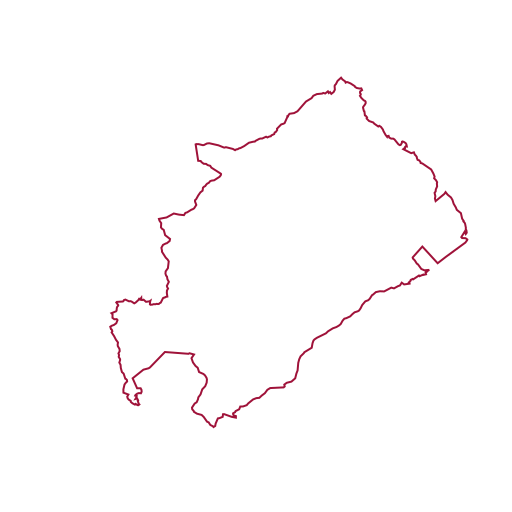 the district of Alesd, Bihor, Romania, rotated 230°
{"feature_id": "2599482B2208634986084", "entity_name": "Alesd", "entity_type": "district", "adm_level": 2, "iso_a3": "ROU", "parent_name": "Romania", "parent_adm1": "Bihor", "projection": "robinson", "projection_center": [22.42, 47.104], "detail": "fine", "context": "isolated", "style": "outline", "palette": "rose", "viewbox_px": 512, "rotation_deg": 230, "n_neighbors": 0, "source": "geoboundaries", "source_scale": "gbopen_adm2", "svg_char_len": 6106}
<svg xmlns="http://www.w3.org/2000/svg" viewBox="0 0 512 512"><g transform="rotate(230 256 256)"><path d="M337.9,435.8L337.7,431.0L336.3,427.7L336.1,426.1L335.6,425.4L332.7,423.3L331.7,420.9L331.8,417.9L334.0,418.1L334.1,416.5L335.9,416.9L336.0,413.5L337.7,412.3L337.9,411.1L340.9,406.7L341.9,402.9L341.2,400.0L342.2,393.6L340.2,380.8L341.0,377.0L343.4,373.1L342.9,371.0L342.4,370.3L342.9,369.9L342.1,368.9L339.4,363.3L339.7,362.0L340.6,359.9L340.0,353.9L338.9,353.2L338.3,351.1L338.6,349.7L337.7,348.3L338.5,345.4L338.2,344.3L339.0,342.9L339.5,340.9L340.9,340.4L342.0,336.3L343.0,335.1L343.6,333.9L344.5,329.7L344.4,328.6L345.2,327.6L347.3,323.4L347.8,317.6L348.7,313.4L349.3,312.4L349.6,310.6L350.4,309.3L350.5,308.0L352.9,307.1L358.7,302.9L359.2,301.7L359.8,301.1L364.9,298.4L372.4,292.7L373.7,290.8L374.5,287.4L375.1,286.5L378.5,284.0L380.1,282.2L380.3,281.5L366.1,272.9L364.3,274.7L363.0,274.6L360.3,275.2L358.6,277.0L356.7,277.4L354.5,278.9L352.4,278.6L341.5,282.0L341.2,281.9L340.5,280.9L340.1,279.0L340.9,272.6L342.3,270.4L342.8,269.0L342.4,266.9L342.8,265.2L342.7,263.8L342.2,262.1L342.5,260.6L342.4,259.3L340.4,257.1L340.5,254.3L339.5,250.6L338.0,246.7L337.9,245.1L336.9,244.3L333.5,243.1L332.3,239.3L332.5,237.6L333.0,236.3L333.7,231.3L334.4,229.6L333.6,227.1L337.2,223.6L341.4,220.3L343.0,212.3L346.8,205.5L345.2,204.8L342.1,204.5L339.0,201.6L337.4,201.5L335.3,202.1L330.4,199.8L324.3,201.1L323.0,199.5L323.1,195.9L323.6,194.9L324.3,191.9L323.1,188.8L320.3,187.3L319.7,186.7L312.8,185.8L310.1,186.0L308.0,185.7L303.3,180.7L302.3,176.9L300.7,175.3L298.7,174.5L297.5,174.6L295.1,173.2L292.2,172.6L290.4,168.5L289.3,168.0L287.6,167.7L286.8,165.6L285.1,164.0L281.9,162.0L282.8,160.3L282.8,159.3L283.2,158.9L283.5,157.7L281.5,153.1L281.8,151.9L281.7,150.9L282.2,150.0L283.1,149.3L283.8,147.8L285.0,146.5L285.3,145.5L286.5,143.8L287.2,143.7L289.0,145.4L289.6,146.3L289.7,145.3L291.6,142.3L294.8,141.8L295.4,140.5L296.5,139.6L296.9,140.6L297.7,141.2L297.4,140.0L298.4,139.0L297.9,138.0L297.7,133.9L298.0,132.3L301.1,131.4L302.1,130.8L302.9,129.6L306.6,127.9L307.1,126.4L306.7,125.6L306.7,124.8L310.3,119.9L310.2,119.1L307.0,118.9L306.6,118.6L306.3,117.0L305.7,116.0L303.8,114.1L303.6,113.2L305.1,108.5L303.5,108.6L300.9,106.3L298.6,106.8L297.2,108.7L295.9,108.7L294.3,105.7L294.5,102.9L295.3,100.6L295.5,98.9L293.1,97.9L292.3,98.2L290.7,97.6L290.3,96.3L285.9,95.8L281.9,94.9L278.5,94.7L276.9,92.9L275.7,92.2L272.6,91.7L270.7,90.4L269.8,88.0L268.2,87.5L267.0,86.0L264.4,85.6L263.7,85.1L262.2,82.8L259.7,82.3L257.2,80.5L253.3,78.7L251.0,79.0L246.0,77.0L245.2,77.4L243.9,77.4L242.7,76.6L242.6,74.8L242.1,72.7L239.1,68.7L236.5,66.6L231.9,69.2L231.0,66.9L229.3,66.2L227.7,66.2L225.6,66.9L224.6,66.3L222.5,66.7L220.0,67.7L220.1,68.7L217.9,69.4L217.3,70.0L217.3,71.2L218.1,71.1L221.2,72.4L221.2,72.9L223.3,73.4L224.0,71.8L224.5,73.2L225.4,74.6L226.7,73.7L227.0,74.4L226.9,76.5L226.3,78.1L224.8,79.6L225.5,81.1L227.0,82.2L228.8,82.6L231.1,79.9L241.6,82.9L241.3,96.7L239.0,101.6L238.8,103.1L241.0,124.5L224.5,141.4L224.3,142.5L220.4,145.2L219.2,140.9L215.0,139.3L210.6,139.0L207.9,139.5L203.7,137.8L199.4,139.9L197.3,140.2L194.5,139.8L193.0,139.1L190.7,136.8L188.9,133.4L188.4,129.1L185.6,124.5L184.8,121.0L183.5,119.4L182.1,116.5L182.4,114.2L181.0,109.5L179.5,108.6L177.4,108.7L176.6,108.3L173.2,109.4L169.2,112.2L166.3,112.5L160.5,112.0L159.0,112.8L155.9,112.4L153.2,113.6L152.3,113.5L152.0,115.5L153.6,117.4L156.1,122.4L155.3,123.8L154.2,127.1L156.0,129.0L155.4,129.9L148.4,134.0L145.1,136.7L146.3,137.7L147.8,136.7L149.0,136.5L150.2,137.3L149.8,139.6L150.3,140.7L149.4,144.6L150.8,147.2L149.1,149.3L147.7,153.0L148.1,155.3L148.0,161.6L146.9,164.9L145.2,167.4L145.4,170.6L145.2,174.6L146.2,178.7L145.7,182.0L137.6,192.7L137.6,194.1L139.3,195.0L139.1,198.1L137.0,202.4L137.1,207.4L140.0,211.4L141.6,214.3L147.0,219.7L149.1,222.7L150.5,225.7L150.8,230.1L151.2,231.2L149.9,239.7L152.9,243.3L154.3,245.7L154.5,247.2L154.2,250.1L151.8,259.9L152.0,262.8L151.2,268.4L149.9,271.9L149.4,274.8L149.4,277.1L150.8,280.8L151.2,283.4L150.3,285.3L149.2,289.4L149.5,292.3L149.5,295.3L148.2,298.5L148.0,299.9L148.7,302.5L150.2,305.9L151.0,310.6L150.0,313.5L150.1,315.5L151.4,319.7L151.2,320.7L151.3,324.6L149.4,328.2L146.5,331.4L144.8,339.3L142.5,340.9L141.6,345.5L140.9,347.3L141.9,350.5L139.0,351.2L136.1,355.9L136.6,356.2L137.5,356.1L137.7,358.5L138.2,359.1L138.2,359.4L137.7,361.3L137.1,361.4L136.3,368.3L135.4,368.3L134.3,372.0L134.0,371.9L133.5,372.9L132.7,374.5L134.2,375.2L134.1,376.0L134.5,376.0L134.0,379.8L136.8,375.8L139.8,374.3L145.5,374.7L146.8,374.3L150.6,374.8L153.2,374.6L154.2,375.1L156.3,389.5L133.7,390.5L133.3,400.9L131.7,425.0L132.4,427.9L132.8,428.5L134.9,428.0L137.3,425.4L138.5,425.4L140.5,431.5L138.0,430.8L138.4,432.4L140.3,433.6L141.8,434.0L142.7,434.9L146.1,436.8L147.4,437.2L149.1,437.1L149.3,437.6L152.1,437.9L157.1,440.5L162.3,439.5L164.8,440.3L169.0,441.0L172.6,442.5L175.5,443.0L179.8,442.2L183.1,442.3L182.5,440.2L182.6,428.9L185.0,430.0L186.5,431.8L189.6,433.4L190.0,435.1L191.4,436.5L192.9,439.5L195.2,441.1L196.1,442.2L198.5,442.6L201.0,442.4L202.1,443.9L205.2,444.9L209.7,445.8L220.0,442.9L221.4,441.9L222.3,442.4L224.3,442.5L225.8,441.6L227.8,442.3L228.4,442.8L230.2,443.0L231.6,442.8L233.9,443.6L235.0,441.0L243.2,437.5L243.2,439.1L242.9,439.5L243.7,440.3L243.8,441.5L243.4,441.4L242.9,441.9L244.9,443.0L246.4,443.2L248.6,442.5L249.6,441.8L249.7,441.3L248.8,440.3L248.1,438.2L248.5,437.4L250.0,436.9L256.4,437.0L257.8,436.5L258.6,435.4L259.6,434.7L261.2,434.2L262.8,434.8L263.4,433.7L263.0,433.0L265.5,433.1L269.7,433.9L271.3,434.5L274.6,434.7L276.5,434.1L276.6,432.9L281.6,431.6L282.8,431.7L286.7,429.4L290.0,429.1L290.5,429.3L290.8,430.2L292.9,430.2L293.7,429.8L297.1,432.0L297.5,431.8L298.1,432.0L300.9,433.4L301.4,434.1L302.0,436.9L302.7,438.4L303.9,439.2L304.7,439.2L306.0,438.6L309.4,438.3L311.9,438.6L312.1,439.5L312.6,440.3L314.0,440.5L314.9,441.3L315.1,441.8L314.9,443.9L316.7,444.4L317.7,443.0L319.9,441.2L321.7,440.6L322.7,440.8L327.3,439.4L330.3,437.9L330.9,437.3L331.2,436.1L332.5,436.5L335.7,435.7L337.9,435.8Z" fill="none" stroke="#9f1239" stroke-width="2"/></g></svg>